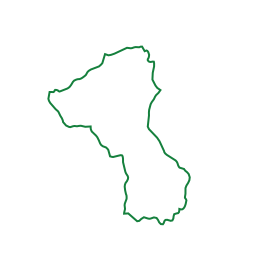 the Administrative Zone of Dhawalagiri, rotated 117°
{"feature_id": "NPL-1125", "entity_name": "Dhawalagiri", "entity_type": "Administrative Zone", "adm_level": 1, "iso_a3": "NPL", "parent_name": "Nepal", "parent_adm1": "", "projection": "mercator", "projection_center": [83.63, 28.648], "detail": "fine", "context": "isolated", "style": "outline", "palette": "green", "viewbox_px": 256, "rotation_deg": 117, "n_neighbors": 0, "source": "natural_earth", "source_scale": "10m", "svg_char_len": 2401}
<svg xmlns="http://www.w3.org/2000/svg" viewBox="0 0 256 256"><g transform="rotate(117 128 128)"><path d="M173.3,41.8L174.7,42.1L175.8,42.7L176.5,43.8L176.8,45.5L178.3,44.8L179.8,44.4L181.1,44.7L182.2,46.1L183.8,47.7L185.9,47.3L188.1,46.5L190.2,46.5L191.3,47.8L192.0,51.4L192.9,52.9L194.5,53.3L196.4,53.0L197.9,53.2L198.7,55.1L197.9,57.4L196.3,59.5L195.2,61.7L195.9,64.3L198.5,66.8L199.2,67.8L199.6,69.1L200.3,73.3L203.0,74.9L205.6,75.8L206.9,77.5L204.0,89.0L206.1,92.6L205.1,93.0L201.5,93.9L198.3,96.0L196.8,96.5L191.8,97.1L190.1,97.9L188.7,98.8L187.8,99.8L184.9,102.2L181.8,104.3L179.9,105.0L178.0,105.2L175.7,104.8L173.4,104.9L171.9,105.5L170.9,106.5L169.4,109.1L168.3,110.4L160.7,116.9L157.8,118.4L156.2,119.5L155.4,120.3L155.1,121.0L155.6,122.3L160.6,128.1L161.0,129.2L161.4,131.1L156.5,135.6L155.9,136.8L155.3,138.8L155.7,142.0L155.4,144.0L154.5,145.7L152.8,147.7L152.5,148.0L150.2,151.1L149.3,153.0L147.6,158.6L146.6,159.9L145.7,160.8L143.6,162.0L146.3,166.6L147.4,171.0L148.3,172.5L149.6,174.2L150.5,176.6L151.4,177.8L153.4,179.8L153.8,181.0L153.9,184.3L152.2,188.5L150.8,189.6L149.3,191.4L147.8,193.9L145.5,196.9L144.9,197.9L144.1,201.0L141.0,208.7L139.6,210.8L138.1,212.2L131.5,214.2L129.8,210.7L128.8,210.3L127.9,210.4L127.1,210.2L126.5,208.8L126.4,207.3L126.7,206.6L126.6,205.6L125.8,204.8L120.4,200.0L119.1,199.2L117.6,198.6L115.2,198.2L111.9,198.0L110.2,197.5L108.4,196.1L107.3,194.9L106.5,193.5L105.5,192.5L104.0,191.5L101.4,190.2L99.8,189.6L96.7,189.5L95.0,189.0L92.7,187.6L86.3,181.8L83.8,180.8L81.9,180.3L72.6,182.0L72.1,178.4L70.5,176.3L67.9,173.8L57.0,165.3L55.7,161.7L54.9,160.6L53.4,159.2L52.4,157.9L51.0,154.7L49.8,153.7L49.1,152.4L52.0,148.0L50.6,146.8L50.5,145.8L51.2,144.4L53.2,142.4L55.1,141.7L56.5,141.5L57.8,141.6L58.7,141.1L59.3,139.8L59.2,138.7L58.9,137.8L57.6,136.1L57.2,135.1L58.5,134.1L61.3,132.7L67.6,131.0L73.8,128.2L77.7,122.8L79.0,120.1L79.5,116.3L82.9,116.8L86.0,117.9L87.9,118.1L90.6,118.0L94.4,118.6L96.6,118.6L102.2,117.4L104.7,116.4L107.3,115.0L117.8,111.0L119.5,108.8L123.4,97.7L125.5,93.9L132.1,85.5L133.1,84.6L133.8,83.3L134.3,81.3L135.3,70.9L135.9,69.3L137.0,67.8L138.3,66.6L139.4,65.2L139.9,64.1L139.1,59.5L139.2,59.4L140.1,57.5L140.6,55.2L141.5,53.0L143.9,50.6L146.7,49.6L149.7,49.5L152.7,49.8L155.4,49.5L160.6,46.9L163.4,46.0L164.3,45.6L165.3,43.8L166.0,43.1L169.6,42.1L171.8,41.8L173.3,41.8Z" fill="none" stroke="#15803d" stroke-width="2"/></g></svg>